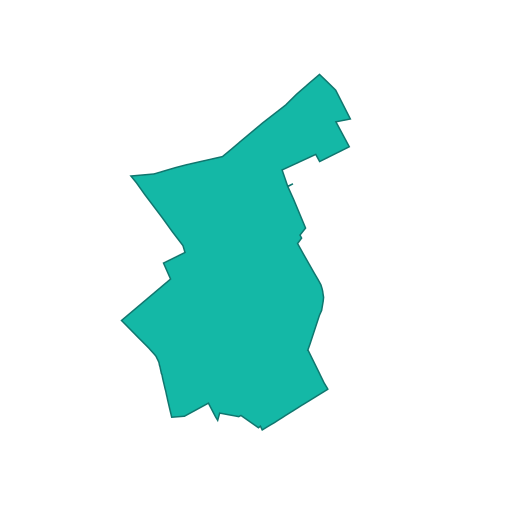 the district of San Antonino Castillo Velasco, Oaxaca, Mexico, rotated 45°
{"feature_id": "50627088B75205486816607", "entity_name": "San Antonino Castillo Velasco", "entity_type": "district", "adm_level": 2, "iso_a3": "MEX", "parent_name": "Mexico", "parent_adm1": "Oaxaca", "projection": "albers", "projection_center": [-96.688, 16.817], "detail": "fine", "context": "isolated", "style": "filled", "palette": "teal", "viewbox_px": 512, "rotation_deg": 45, "n_neighbors": 0, "source": "geoboundaries", "source_scale": "gbopen_adm2", "svg_char_len": 1604}
<svg xmlns="http://www.w3.org/2000/svg" viewBox="0 0 512 512"><g transform="rotate(45 256 256)"><path d="M172.5,82.7L171.5,95.2L170.3,112.9L170.2,126.9L170.3,127.6L166.6,157.1L163.9,187.1L163.9,188.0L163.7,190.4L163.0,198.7L162.0,209.4L142.4,240.5L136.6,250.4L125.8,270.2L111.0,287.9L119.8,288.8L133.9,291.2L162.6,295.2L179.8,298.0L197.0,300.3L203.3,303.7L195.6,326.4L211.9,332.7L206.5,396.7L231.1,396.9L245.5,396.9L248.4,397.1L250.6,397.2L254.2,397.4L256.9,397.7L257.2,398.0L260.3,399.0L262.7,399.9L265.0,401.5L266.6,402.3L267.6,403.0L268.7,403.7L272.2,406.0L273.4,406.4L276.5,408.5L279.5,410.4L280.2,410.8L285.5,414.1L287.8,415.4L291.1,417.6L292.3,418.3L295.2,420.2L302.9,425.0L310.4,429.6L318.7,419.9L326.4,393.7L341.0,398.3L345.1,399.3L341.4,392.8L343.5,391.3L348.2,388.1L354.7,383.6L357.4,381.8L358.1,379.4L379.2,375.7L379.4,373.2L383.4,374.6L385.1,367.5L385.2,367.2L385.6,365.5L386.9,360.7L387.8,356.3L389.0,351.1L389.7,347.6L390.0,346.4L392.4,336.0L393.0,333.4L393.1,333.0L393.2,332.4L394.0,328.8L394.2,328.2L400.5,301.6L401.0,299.5L401.0,299.4L400.4,299.2L393.6,297.5L390.5,296.4L385.2,294.6L384.9,294.5L384.7,294.4L360.0,286.0L359.8,286.0L359.5,286.0L359.3,286.1L356.3,279.8L342.7,252.9L340.9,248.1L335.5,240.5L333.0,237.4L330.6,235.7L328.1,233.8L326.5,232.8L325.5,232.2L322.3,230.5L321.0,230.1L316.9,228.9L309.2,226.9L287.8,221.0L276.6,217.8L275.6,211.1L272.3,210.1L271.3,201.2L242.6,189.4L229.4,184.4L231.1,178.8L229.1,184.3L213.6,176.7L226.4,141.9L234.2,144.2L244.7,112.8L217.6,104.6L225.8,92.4L195.1,82.4L182.6,82.5L172.5,82.7Z" fill="#14b8a6" stroke="#0f766e" stroke-width="1.5"/></g></svg>